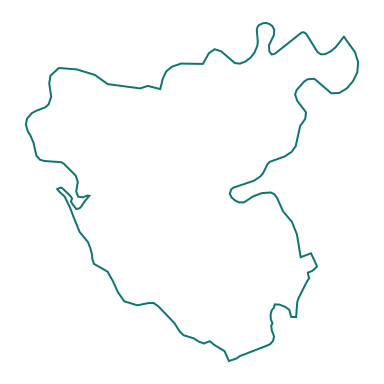 an SVG outline of Cádiz
{"feature_id": "ESP-5812", "entity_name": "Cádiz", "entity_type": "Autonomous Community", "adm_level": 1, "iso_a3": "ESP", "parent_name": "Spain", "parent_adm1": "", "projection": "equal_earth", "projection_center": [-5.7, 36.526], "detail": "fine", "context": "isolated", "style": "outline", "palette": "teal", "viewbox_px": 384, "rotation_deg": 0, "n_neighbors": 0, "source": "natural_earth", "source_scale": "10m", "svg_char_len": 2180}
<svg xmlns="http://www.w3.org/2000/svg" viewBox="0 0 384 384"><path d="M296.1,317.0L291.3,317.0L289.3,309.9L285.3,306.9L279.5,304.6L274.8,304.4L274.0,307.6L271.7,310.4L270.6,314.5L270.8,319.2L272.5,323.4L271.2,325.8L271.9,330.9L273.3,334.1L274.0,336.7L273.2,340.4L271.6,342.6L269.9,344.3L264.7,346.5L240.0,356.0L236.5,358.5L228.9,361.0L224.5,351.1L214.1,344.8L209.8,341.2L203.9,343.5L198.8,341.6L193.9,338.4L183.5,335.2L179.7,331.5L174.4,323.1L158.4,306.4L153.6,303.0L148.3,303.1L137.3,305.3L124.2,301.3L117.9,292.2L113.0,281.3L107.5,271.6L94.0,263.9L92.4,259.2L91.8,253.8L90.2,247.8L88.0,242.2L79.6,231.9L73.8,217.6L70.1,207.9L64.6,196.5L59.3,191.7L57.2,189.1L60.2,187.6L62.2,188.1L70.1,195.7L72.1,198.6L70.9,201.4L72.7,204.5L76.4,209.1L79.5,208.3L81.3,206.5L84.0,202.2L89.3,195.8L87.5,195.6L82.5,197.3L78.2,196.7L76.2,191.7L77.8,181.8L75.7,175.6L63.8,163.7L61.2,162.2L44.5,161.0L40.1,159.8L36.4,155.7L33.5,142.8L30.9,136.5L27.5,130.5L25.9,124.4L27.1,118.6L31.7,113.2L36.2,110.8L45.4,107.3L48.6,104.4L51.2,96.8L49.2,83.3L50.5,75.6L58.9,68.0L76.7,69.4L94.8,74.9L107.7,84.1L140.1,88.4L147.9,85.9L160.2,89.1L162.9,78.4L166.3,71.3L171.9,66.7L181.0,63.6L202.9,63.9L208.9,53.2L214.7,49.2L221.3,51.4L234.9,63.1L240.1,63.6L245.2,61.6L250.4,57.8L254.5,52.6L257.3,45.9L257.8,41.8L256.8,30.0L257.5,27.0L258.9,25.1L263.1,23.2L266.2,23.0L269.6,24.1L272.5,26.3L274.3,29.8L273.8,35.3L269.0,45.3L269.3,51.3L271.7,54.5L274.8,53.8L301.5,32.6L303.6,32.2L306.1,33.7L317.4,51.9L320.8,54.3L325.1,54.2L330.6,51.4L335.5,47.4L343.9,36.7L355.0,52.2L358.1,62.1L357.3,72.4L353.0,81.2L346.7,88.5L339.2,93.0L331.3,93.3L314.4,78.8L307.6,79.3L304.1,81.6L296.7,89.9L295.1,94.4L297.3,100.9L306.0,112.3L305.2,118.9L300.2,125.9L295.7,146.1L291.7,151.8L284.8,156.4L269.8,161.8L267.4,164.3L263.0,173.3L260.4,176.4L254.0,180.7L233.5,187.6L231.2,189.4L229.8,193.8L231.7,197.6L235.2,200.5L238.7,202.3L244.0,202.4L253.1,196.4L261.9,193.1L270.7,192.5L274.4,194.3L277.1,197.9L283.0,211.3L291.9,221.8L296.9,234.3L300.7,257.2L311.0,253.3L317.0,266.2L315.8,267.7L314.0,269.5L312.0,271.0L307.9,272.6L308.2,275.1L309.2,278.0L306.5,282.4L298.4,298.4L297.3,301.8L296.1,317.0Z" fill="none" stroke="#0f766e" stroke-width="2"/></svg>